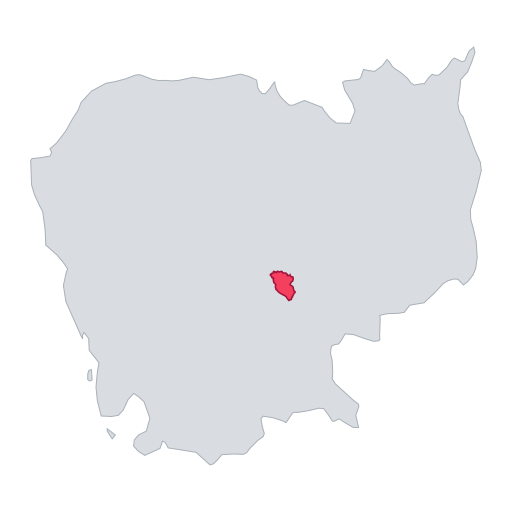 location of Chamkar Leu, Kâmpóng Cham, Cambodia
{"feature_id": "14789045B22200339041976", "entity_name": "Chamkar Leu", "entity_type": "district", "adm_level": 2, "iso_a3": "KHM", "parent_name": "Cambodia", "parent_adm1": "Kâmpóng Cham", "projection": "robinson", "projection_center": [105.255, 12.251], "detail": "fine", "context": "in_parent", "style": "filled", "palette": "rose", "viewbox_px": 512, "rotation_deg": 0, "n_neighbors": 0, "source": "geoboundaries", "source_scale": "gbopen_adm2", "svg_char_len": 6379}
<svg xmlns="http://www.w3.org/2000/svg" viewBox="0 0 512 512"><path d="M473.7,47.1L475.0,52.4L471.5,62.6L467.7,71.8L460.6,79.8L460.2,85.7L457.8,103.4L458.7,109.0L460.4,113.8L462.8,116.4L469.0,133.6L474.7,149.3L480.3,162.2L481.3,170.4L476.2,191.1L470.3,210.0L470.8,219.5L473.4,229.0L476.2,241.6L477.2,257.8L475.7,268.3L473.1,274.8L467.9,281.5L463.4,285.0L458.0,279.3L453.7,279.0L448.0,280.7L443.4,283.4L434.2,293.2L424.0,302.8L409.8,305.2L404.3,312.3L398.4,313.3L387.2,313.7L379.9,315.3L380.2,318.9L379.6,335.8L379.8,339.7L378.6,340.8L373.6,341.3L365.0,338.7L353.3,334.5L345.1,333.9L340.8,341.2L338.3,344.1L335.1,344.5L331.9,345.8L330.8,349.1L330.5,353.2L332.1,360.2L332.7,371.4L332.3,379.0L335.3,383.8L353.1,400.0L358.3,404.0L358.9,406.4L355.8,415.2L358.6,427.6L353.1,427.4L343.8,422.0L339.3,418.8L333.9,421.4L332.1,420.9L328.4,414.8L323.7,408.6L318.8,408.2L308.4,410.7L297.8,412.4L293.8,412.3L292.2,413.5L286.0,422.7L283.4,421.1L272.7,417.6L263.0,416.2L261.0,418.6L262.2,426.2L264.3,433.5L263.1,436.7L257.7,440.5L250.7,447.5L246.3,452.9L243.3,454.3L232.6,454.0L221.8,454.7L217.5,459.8L213.5,463.8L210.0,464.9L196.0,452.3L168.2,447.9L165.2,442.3L162.5,441.2L160.0,448.4L144.7,455.4L138.3,451.2L133.6,446.1L134.3,439.9L138.7,434.8L146.3,431.1L149.9,418.3L144.1,401.9L139.0,397.1L133.7,393.4L128.1,399.5L123.3,409.9L118.4,415.3L111.4,416.5L101.2,416.0L97.3,400.4L96.0,387.1L97.4,371.8L99.0,362.8L89.2,350.3L88.7,338.5L83.9,332.4L82.5,335.5L82.7,338.9L81.3,336.4L65.9,301.6L63.4,285.4L66.1,273.0L67.6,268.8L63.2,262.3L56.9,254.9L45.8,245.1L45.1,229.7L42.7,211.5L39.4,205.4L34.3,194.2L31.6,185.0L30.7,160.5L32.1,158.5L40.0,157.8L50.1,156.0L51.7,152.1L49.9,148.8L56.4,143.2L65.7,131.1L72.8,118.4L78.0,110.4L81.1,102.4L91.5,91.1L105.9,83.3L115.6,81.5L125.7,78.8L135.4,75.1L140.0,74.7L152.1,79.3L158.6,80.5L165.4,80.4L172.5,80.9L178.7,80.4L193.4,77.2L209.1,79.7L223.1,77.7L240.4,74.1L248.9,76.4L256.6,80.1L257.7,87.5L259.5,90.9L262.1,93.6L265.5,93.6L269.9,88.4L273.6,83.0L274.8,82.0L275.0,84.6L276.8,90.5L280.1,96.2L283.5,100.0L289.0,105.0L292.6,105.3L304.5,100.5L322.2,107.4L324.3,110.9L330.0,118.0L336.2,123.0L350.1,123.4L355.0,110.9L352.6,103.3L344.7,90.1L342.6,82.3L345.1,80.9L358.4,79.5L360.6,77.9L363.5,69.4L367.2,70.3L374.6,71.4L382.4,65.6L387.0,59.4L389.6,62.2L392.3,66.5L395.4,69.0L401.0,72.7L407.2,78.0L411.1,83.1L414.2,85.1L422.1,83.6L424.2,83.8L428.8,77.6L432.1,74.3L434.8,75.2L438.8,75.1L447.1,67.2L451.8,60.0L454.4,58.0L461.8,61.7L464.8,60.9L469.1,51.0L473.7,47.1ZM92.1,379.9L90.6,380.8L89.1,380.8L87.7,379.4L87.8,373.8L88.9,370.3L91.4,369.7L92.1,379.9ZM115.3,435.0L112.2,438.8L107.2,431.0L107.2,428.8L115.3,435.0Z" fill="#d9dde1" stroke="#a8b0b8" stroke-width="1"/><path d="M289.9,274.9L289.8,275.0L289.7,275.1L289.6,275.3L289.4,275.3L289.2,275.3L288.9,275.5L288.7,275.6L288.4,275.6L288.0,275.7L287.9,275.5L287.7,275.6L287.4,275.5L287.3,275.3L287.3,275.0L287.3,274.8L287.3,274.6L287.4,274.4L287.2,274.2L286.7,274.0L286.6,273.9L286.4,273.8L286.3,273.7L286.3,273.4L286.2,273.2L285.9,273.1L285.1,273.0L284.9,273.0L284.7,273.0L284.4,273.0L284.1,273.0L283.6,272.8L283.3,272.9L283.0,273.0L282.9,273.0L282.7,272.9L282.6,272.7L282.4,272.2L282.2,272.0L282.1,271.7L281.8,271.6L281.7,271.5L281.7,271.4L281.4,271.4L281.2,271.5L280.8,271.6L280.6,271.6L280.3,271.5L280.1,271.7L279.7,271.9L279.4,272.0L279.2,271.9L278.9,271.8L278.7,271.8L278.4,271.6L278.0,271.2L277.9,271.2L277.7,271.3L277.4,271.3L277.3,271.6L277.2,271.8L277.0,272.0L277.0,271.9L276.9,271.9L276.7,271.9L276.6,272.0L276.4,272.1L276.2,272.1L275.9,272.1L275.7,272.1L275.4,272.1L275.2,272.0L275.2,271.9L275.0,271.7L274.9,271.7L274.5,271.6L274.4,271.6L274.4,271.8L274.3,271.7L274.2,271.8L274.0,271.7L273.7,271.4L273.4,271.6L273.4,271.8L273.4,272.0L273.5,272.0L273.5,272.3L273.4,272.5L273.2,272.7L273.2,272.8L273.0,273.0L272.9,273.1L272.7,273.3L272.6,273.2L272.4,273.2L272.2,273.3L271.8,273.4L271.7,273.4L271.6,273.5L271.4,273.6L271.4,273.8L271.3,274.0L271.2,274.0L271.0,274.3L271.0,274.2L270.9,274.3L270.7,274.2L270.6,274.3L270.4,274.5L270.3,274.8L270.4,275.0L270.4,275.3L270.5,275.4L270.7,275.5L270.8,275.6L271.0,275.8L271.2,276.0L271.4,276.3L271.5,276.4L271.7,276.5L271.8,276.7L271.8,277.2L271.8,277.3L271.9,277.6L272.1,277.7L272.3,277.9L272.5,278.0L272.8,278.0L273.0,278.2L273.6,278.2L273.6,278.3L273.4,278.6L273.3,279.1L273.2,279.6L273.3,279.9L273.4,280.0L273.5,280.1L273.7,280.3L273.7,280.5L273.5,280.8L273.4,281.1L273.5,281.3L273.5,281.5L273.8,282.5L274.1,282.9L274.2,283.0L274.4,283.1L274.5,283.2L274.8,283.7L275.3,284.0L275.6,284.3L275.8,284.5L275.8,284.8L275.4,286.0L275.4,286.4L275.4,286.8L275.4,287.0L275.5,287.6L275.7,288.4L275.9,288.9L275.9,289.1L276.0,289.4L276.1,289.7L276.3,289.8L276.7,289.9L276.9,290.1L277.1,290.2L277.3,290.4L277.4,290.6L277.7,291.1L278.0,291.4L278.4,291.9L278.7,292.1L278.9,292.3L279.0,292.4L279.2,292.6L279.4,292.7L279.8,293.0L280.5,293.4L280.9,293.7L281.2,293.9L281.6,294.0L282.0,294.2L282.9,294.8L283.3,295.1L283.7,295.1L284.1,295.2L284.4,295.3L284.6,295.6L285.1,296.0L285.4,296.3L285.7,296.4L286.0,296.6L286.3,296.9L286.6,297.4L286.8,297.9L287.4,298.7L287.7,299.1L288.3,299.8L288.6,300.4L288.8,300.5L289.0,300.5L289.3,300.4L289.5,300.0L289.6,299.9L289.7,300.0L289.9,300.0L290.0,299.9L290.3,299.7L291.1,299.6L291.3,299.5L291.4,299.4L291.4,299.2L291.5,298.6L291.5,298.4L291.7,298.2L291.8,298.0L291.9,297.5L292.0,297.3L292.0,297.2L292.3,297.1L292.5,297.0L292.6,296.8L292.6,296.7L292.6,296.4L292.7,296.2L292.8,295.8L293.1,295.4L293.3,294.8L293.5,294.5L293.8,294.0L293.9,293.8L294.0,293.6L294.2,293.4L294.9,292.6L295.2,292.0L295.0,291.7L294.7,291.3L294.4,291.2L294.2,291.1L294.0,290.9L293.9,290.8L293.9,290.7L293.8,290.3L293.7,290.2L293.7,289.9L293.7,289.7L293.6,289.1L293.4,288.7L293.2,288.2L293.2,287.9L293.2,287.3L293.1,287.1L292.9,286.9L292.7,286.5L292.5,286.3L292.3,286.2L291.9,286.0L291.7,285.8L291.3,285.5L291.0,285.4L290.9,285.4L290.6,285.3L290.5,285.1L290.1,284.8L290.0,284.6L290.0,284.3L290.1,284.1L290.3,283.8L290.6,283.4L290.9,282.9L291.0,282.7L291.2,282.4L291.5,282.0L291.6,281.9L292.8,280.9L292.9,280.3L293.0,279.8L293.1,279.5L293.2,279.3L293.2,279.1L293.2,278.9L293.1,278.1L293.1,277.5L293.0,277.2L292.8,276.9L292.5,276.8L292.3,276.9L292.1,276.9L291.8,276.9L291.6,276.8L291.3,276.7L291.0,276.7L290.9,276.5L290.8,276.3L290.7,276.0L290.6,275.8L290.5,275.7L290.3,275.5L290.2,275.4L290.0,275.1L289.9,275.0L289.9,274.9Z" fill="#f43f5e" stroke="#9f1239" stroke-width="1.5"/></svg>